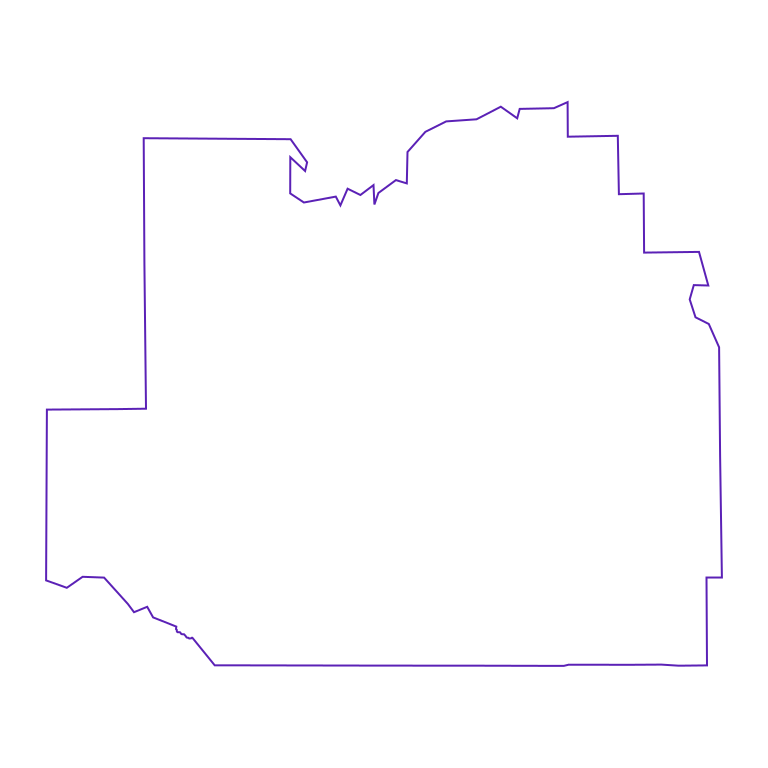 the district of Marion, Florida, United States of America
{"feature_id": "52423323B27040576130410", "entity_name": "Marion", "entity_type": "district", "adm_level": 2, "iso_a3": "USA", "parent_name": "United States of America", "parent_adm1": "Florida", "projection": "equal_earth", "projection_center": [-82.102, 29.24], "detail": "fine", "context": "isolated", "style": "outline", "palette": "violet", "viewbox_px": 768, "rotation_deg": 0, "n_neighbors": 0, "source": "geoboundaries", "source_scale": "gbopen_adm2", "svg_char_len": 1095}
<svg xmlns="http://www.w3.org/2000/svg" viewBox="0 0 768 768"><path d="M719.1,347.3L708.8,324.0L695.5,317.3L689.7,299.4L693.8,285.1L708.3,285.5L699.0,251.9L644.1,252.6L643.7,193.5L618.9,194.2L617.8,135.8L567.8,136.7L567.6,102.1L553.9,108.2L519.7,108.9L517.2,118.3L500.8,106.7L476.5,119.3L446.2,121.4L425.4,131.8L407.5,152.0L406.8,183.4L395.9,180.1L378.4,193.0L374.4,204.5L373.5,185.1L360.4,195.0L347.6,188.7L340.4,205.4L335.8,196.6L303.9,202.5L290.2,193.4L290.3,157.2L305.1,171.0L307.1,162.3L290.6,139.2L143.7,138.2L144.4,262.6L146.0,408.7L118.3,409.1L46.9,409.6L46.1,580.4L66.8,587.8L82.6,576.8L104.1,577.6L127.9,604.0L134.0,612.2L147.2,606.8L153.1,617.4L176.3,626.6L176.0,629.1L176.8,629.9L176.8,631.2L177.2,631.9L177.6,632.2L179.3,632.2L180.2,632.4L181.1,633.8L181.9,634.2L184.1,634.3L185.7,636.1L186.4,637.2L187.1,637.7L188.4,637.8L189.2,638.5L191.2,638.3L192.0,637.7L192.4,637.8L214.7,665.3L378.0,665.6L484.2,665.7L563.7,665.9L568.7,664.7L629.4,664.8L661.4,664.6L678.8,665.7L707.0,665.4L706.5,577.5L721.9,577.5L720.1,455.7L719.1,347.3Z" fill="none" stroke="#5b21b6" stroke-width="2"/></svg>